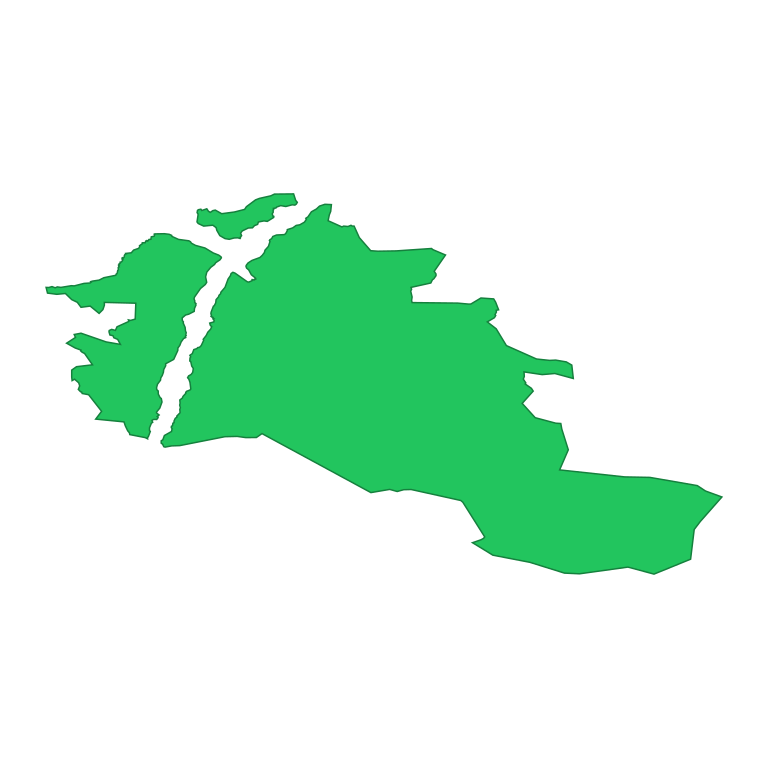 Ullensvang nor, Hordaland, Norway
{"feature_id": "86288312B73350405058148", "entity_name": "Ullensvang nor", "entity_type": "district", "adm_level": 2, "iso_a3": "NOR", "parent_name": "Norway", "parent_adm1": "Hordaland", "projection": "robinson", "projection_center": [6.658, 60.244], "detail": "fine", "context": "isolated", "style": "filled", "palette": "green", "viewbox_px": 768, "rotation_deg": 0, "n_neighbors": 0, "source": "geoboundaries", "source_scale": "gbopen_adm2", "svg_char_len": 6089}
<svg xmlns="http://www.w3.org/2000/svg" viewBox="0 0 768 768"><path d="M331.4,204.6L324.9,204.3L319.5,206.1L316.4,209.0L311.4,211.8L307.9,216.9L305.8,218.3L306.4,219.2L304.5,222.1L299.8,224.8L296.2,225.4L292.7,227.9L287.3,229.6L287.2,230.9L285.6,233.7L284.3,234.6L276.5,235.0L272.8,236.5L271.6,238.7L269.9,239.7L269.4,240.6L270.0,241.5L268.4,246.4L265.0,250.2L264.4,252.5L262.2,255.4L259.9,257.5L252.0,260.4L248.0,263.0L246.2,265.4L246.0,266.5L246.6,268.1L248.7,269.9L251.3,274.7L255.6,278.2L255.8,279.1L254.7,279.5L254.2,280.4L254.4,279.3L253.0,280.1L252.2,279.5L252.5,279.1L252.1,279.4L252.0,280.7L248.7,282.1L247.3,281.8L235.0,273.1L232.9,272.3L231.1,273.5L230.4,275.7L228.1,279.0L225.0,287.4L220.9,292.2L220.6,293.7L219.0,295.3L218.5,296.9L216.1,299.6L215.7,302.9L214.3,305.6L213.4,306.2L211.1,312.2L210.9,313.9L211.5,315.1L211.0,316.4L212.8,317.3L212.5,317.6L213.3,318.2L212.9,318.2L213.1,319.2L214.2,320.3L213.8,321.9L209.7,323.1L210.4,325.5L211.7,326.6L210.7,329.1L207.8,332.2L206.2,335.5L203.2,339.3L203.7,340.3L201.2,345.6L199.5,347.3L197.7,347.6L196.8,348.6L193.8,349.6L192.3,353.6L189.9,355.3L190.7,356.9L190.0,358.0L189.8,361.0L190.8,361.8L191.7,366.0L193.3,368.5L192.7,372.4L191.1,374.5L188.6,375.9L187.6,377.7L188.9,379.3L190.0,382.5L190.8,389.0L190.0,390.0L186.6,391.3L185.7,392.4L185.9,393.2L183.0,396.4L182.4,398.0L179.8,400.0L180.1,403.2L179.7,405.1L180.4,407.8L179.8,409.3L180.1,412.7L176.8,416.1L177.0,417.0L175.2,418.4L174.0,421.1L174.1,422.6L172.9,423.2L172.5,425.7L171.4,426.3L171.3,427.7L172.1,428.6L171.5,431.5L164.4,435.5L162.8,439.8L161.2,440.8L161.2,443.2L162.6,444.2L163.8,446.7L165.1,447.1L171.6,445.9L179.8,445.6L224.9,436.7L237.2,436.4L245.8,437.6L256.4,437.5L262.0,433.6L370.9,492.6L389.7,489.4L397.2,491.5L403.7,489.7L411.1,489.5L460.8,500.5L462.8,502.2L484.7,536.9L483.5,538.4L480.9,539.8L472.5,542.7L492.9,555.2L529.8,562.3L564.4,573.1L579.5,573.8L627.9,567.1L654.0,574.1L690.6,559.2L694.2,529.5L700.3,521.5L721.9,497.0L705.5,491.0L697.3,485.6L649.9,477.4L624.5,476.9L559.6,469.9L568.3,449.8L561.8,429.1L560.8,423.5L555.8,423.2L535.2,417.7L522.2,403.4L533.2,391.1L531.4,388.3L525.2,384.0L525.8,382.9L523.3,379.1L524.3,376.5L524.0,371.9L542.2,374.6L554.9,373.5L573.3,378.5L571.8,365.1L566.3,361.9L555.7,360.1L549.6,360.4L536.5,359.0L506.4,345.6L496.2,328.8L487.3,321.9L494.4,317.7L495.7,315.5L495.0,314.6L496.4,312.1L496.2,310.3L498.6,309.8L495.6,302.1L493.7,298.9L480.9,298.0L470.9,304.0L468.8,304.1L457.7,303.1L412.1,302.6L411.6,300.4L412.1,297.0L410.7,291.1L411.6,289.3L411.0,287.4L430.8,283.0L432.4,279.8L433.8,278.8L436.0,275.7L436.0,274.0L434.2,271.3L445.5,255.0L433.0,249.7L431.5,248.5L396.2,250.9L377.9,251.2L370.7,250.7L359.3,237.6L354.1,226.1L352.2,226.1L351.0,225.3L348.0,226.5L343.7,226.1L341.9,226.9L328.1,220.7L329.3,214.9L330.7,211.4L331.4,204.6ZM147.6,438.8L147.5,437.4L148.3,436.8L150.3,431.4L149.5,430.5L149.5,427.8L151.4,423.2L152.7,422.3L151.9,420.4L153.7,419.4L156.7,419.5L158.0,417.8L158.1,417.2L157.2,416.5L159.1,415.0L156.6,413.0L156.5,412.1L159.8,408.1L162.0,402.0L161.3,398.5L160.1,397.6L158.3,394.1L158.2,391.0L156.7,389.5L156.6,387.5L157.5,384.2L160.5,380.2L160.8,377.8L162.2,375.6L163.4,372.3L163.7,369.6L165.7,365.7L165.6,363.8L173.7,359.4L177.8,350.5L177.9,348.0L179.8,345.4L181.1,342.0L183.6,338.5L185.6,337.6L185.1,337.1L186.1,335.5L185.7,335.2L186.2,332.6L185.5,331.0L185.1,327.3L183.2,323.0L183.4,321.9L182.3,320.4L182.2,317.9L185.6,315.0L188.7,314.2L194.2,311.4L194.5,308.4L196.0,305.0L195.4,303.4L195.7,303.3L194.7,302.4L194.8,300.8L194.0,298.9L194.5,297.1L200.5,288.5L205.3,284.5L206.7,282.3L205.6,276.9L206.8,272.1L210.8,267.3L214.5,264.5L215.7,262.7L220.0,259.8L221.4,257.8L221.0,256.8L218.7,255.1L213.3,253.0L205.0,248.0L195.5,245.4L191.4,243.2L190.5,241.8L188.9,240.8L178.5,239.4L171.9,236.4L171.7,235.4L169.2,234.3L164.3,233.7L154.8,233.9L154.2,234.2L154.6,234.8L154.2,236.2L151.3,236.8L150.9,239.3L148.9,239.5L148.2,240.7L147.0,240.6L147.1,241.1L145.7,241.1L145.2,242.7L142.3,242.8L142.2,243.8L139.5,245.7L139.7,246.6L138.7,248.3L133.6,250.1L131.3,252.8L126.0,253.4L126.3,253.8L125.3,254.1L124.4,255.3L124.1,257.3L122.7,258.4L122.5,257.8L122.0,258.1L122.3,259.0L121.6,259.3L122.9,259.4L122.5,260.6L121.5,261.9L120.1,262.2L120.1,263.4L119.1,263.9L119.3,264.6L118.8,264.7L118.7,264.8L119.1,265.2L118.6,265.5L118.9,266.3L118.5,266.1L118.9,266.5L118.2,267.6L118.4,269.8L117.7,270.5L117.2,273.2L116.6,273.8L117.2,274.1L116.3,274.0L115.7,275.3L103.9,277.7L99.1,280.1L92.5,281.1L90.8,281.6L91.3,282.1L90.0,283.0L84.0,283.4L74.2,285.9L71.4,285.7L60.9,287.4L57.3,286.9L55.2,287.8L52.0,286.6L48.8,287.5L46.1,287.4L47.5,293.1L56.8,294.3L65.4,293.5L71.7,299.6L77.3,302.3L81.0,307.3L90.2,306.1L99.1,313.4L102.9,309.6L104.4,305.2L104.3,302.4L135.8,303.2L135.2,319.1L130.6,320.4L128.4,319.9L128.9,321.3L128.5,321.6L117.0,326.8L115.4,330.4L111.7,329.4L109.2,330.5L109.0,331.8L109.9,335.0L113.0,335.7L113.8,337.7L117.7,339.4L120.4,344.4L106.1,341.9L81.0,333.2L74.2,334.5L75.5,337.4L66.6,343.2L75.2,348.0L81.0,350.1L80.7,350.9L82.1,352.2L84.6,353.5L92.5,364.8L76.5,366.7L71.7,370.1L71.7,377.0L72.1,380.6L74.6,379.2L78.7,382.8L79.7,385.9L78.3,389.4L80.6,391.8L81.6,392.0L82.2,393.5L88.6,394.7L101.6,411.3L95.7,419.1L124.0,421.9L125.3,425.8L127.7,430.8L129.4,432.8L129.8,434.6L145.2,437.6L147.6,438.8ZM270.9,195.8L259.4,198.4L255.5,199.9L246.4,206.7L244.6,209.4L234.4,212.0L221.7,213.7L215.3,210.1L212.9,210.6L210.2,212.4L208.4,211.2L206.8,208.8L201.8,210.5L200.9,209.2L198.4,209.7L197.5,210.4L197.1,212.7L198.0,213.9L198.0,215.3L197.0,221.9L198.2,223.5L203.7,226.1L212.8,225.2L216.1,227.6L216.8,230.3L219.8,235.6L225.0,238.6L229.3,239.3L234.0,238.0L237.8,237.8L240.1,238.5L240.5,237.8L240.2,237.2L241.6,235.7L240.6,233.1L242.3,230.9L248.3,228.0L252.5,227.8L254.5,225.6L257.6,224.4L258.4,222.0L264.0,220.9L267.3,221.4L273.6,217.5L273.2,216.8L273.7,216.3L272.9,215.9L272.2,213.9L273.2,212.2L273.1,210.0L273.7,209.6L273.4,208.4L275.9,208.0L276.8,207.0L280.7,205.6L285.8,206.5L292.2,204.8L294.9,205.1L296.4,204.0L297.3,202.3L295.7,200.4L293.6,193.9L274.4,194.1L270.9,195.8Z" fill="#22c55e" stroke="#15803d" stroke-width="1.5"/></svg>